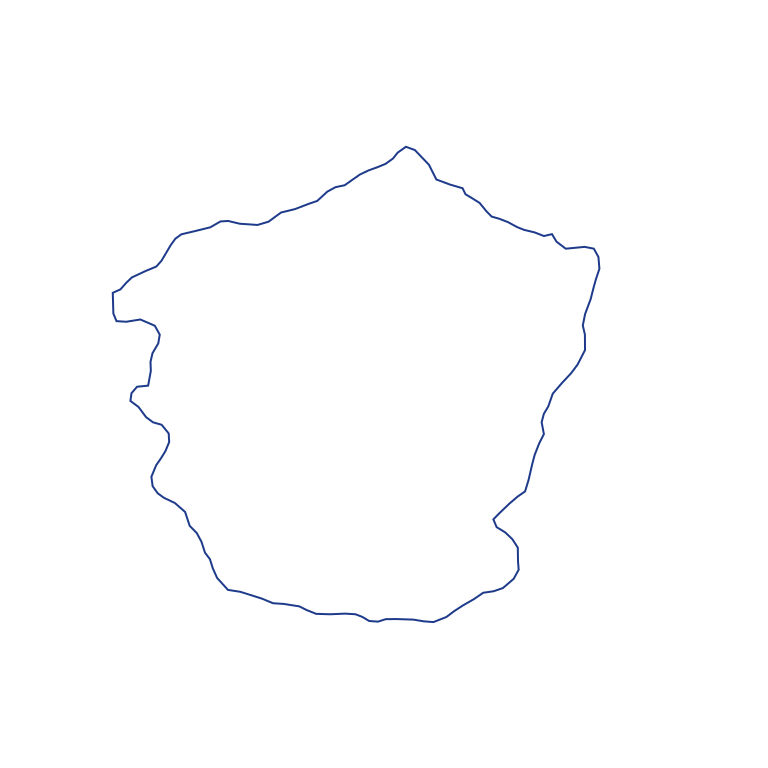 outline of Tarumã, São Paulo, Brazil, rotated 237°
{"feature_id": "56859067B95446673661662", "entity_name": "Tarumã", "entity_type": "district", "adm_level": 2, "iso_a3": "BRA", "parent_name": "Brazil", "parent_adm1": "São Paulo", "projection": "orthographic", "projection_center": [-50.598, -22.773], "detail": "fine", "context": "isolated", "style": "outline", "palette": "blue", "viewbox_px": 768, "rotation_deg": 237, "n_neighbors": 0, "source": "geoboundaries", "source_scale": "gbopen_adm2", "svg_char_len": 1966}
<svg xmlns="http://www.w3.org/2000/svg" viewBox="0 0 768 768"><g transform="rotate(237 384 384)"><path d="M459.8,176.5L452.3,172.2L446.8,164.2L443.3,156.8L439.9,148.6L432.9,138.4L424.3,134.3L415.6,134.7L408.3,137.5L398.1,143.8L385.0,147.5L370.9,143.8L360.9,145.8L351.2,145.0L340.0,142.0L331.9,142.6L322.5,140.0L312.2,138.4L296.3,141.0L288.0,150.3L270.5,164.7L260.6,171.5L254.1,180.2L243.6,191.9L236.7,195.9L228.2,201.9L220.3,213.3L212.6,226.3L206.5,234.6L200.6,238.9L193.3,242.5L188.0,249.5L185.8,257.4L180.3,266.1L170.4,280.3L163.3,288.1L157.4,295.8L154.6,309.4L155.3,319.4L155.3,329.6L154.6,342.6L154.9,353.5L150.5,363.0L148.1,372.6L150.0,386.7L154.9,395.8L162.1,399.7L173.9,407.1L184.0,407.1L193.6,404.8L202.6,400.5L210.9,402.0L212.7,409.9L215.4,424.1L216.8,434.7L217.1,443.8L224.8,453.0L236.1,464.7L242.6,471.9L249.8,482.0L254.9,490.8L266.1,495.4L271.9,501.8L275.8,509.7L284.0,520.3L287.9,533.8L291.2,547.0L294.9,557.0L303.0,571.1L316.0,579.4L324.8,582.6L333.1,590.7L342.6,603.5L350.9,612.5L356.7,619.1L363.3,627.4L373.7,633.0L383.2,633.7L389.7,627.0L398.5,610.1L409.4,606.2L418.2,606.5L421.0,598.7L429.1,592.9L437.0,585.4L443.1,581.1L452.3,576.1L459.9,570.6L465.7,565.5L472.9,564.0L483.8,562.8L492.2,558.9L498.7,555.7L505.4,556.5L515.4,547.9L527.0,539.3L543.4,541.1L563.4,537.3L571.0,531.6L570.6,521.5L568.2,514.3L567.8,505.2L569.2,497.5L571.5,487.6L572.8,478.0L572.5,468.4L572.1,459.3L575.5,450.5L576.2,441.2L573.9,427.7L576.2,418.6L579.2,404.5L583.9,391.0L583.0,375.6L586.3,364.5L592.2,356.7L596.9,350.4L605.6,342.1L609.4,335.4L610.0,323.7L615.2,308.7L619.9,295.6L619.5,288.2L616.6,280.7L608.6,264.6L606.5,257.0L608.6,245.7L610.7,230.6L609.3,223.1L606.9,214.5L608.2,206.2L590.5,195.4L582.4,193.9L576.6,201.7L570.8,214.8L557.7,223.5L547.5,222.8L541.0,216.8L535.9,206.6L529.7,200.2L522.0,195.6L511.1,185.3L516.2,175.4L513.8,167.2L507.9,162.1L498.5,165.6L485.8,166.4L477.7,169.4L470.9,175.3L459.8,176.5Z" fill="none" stroke="#1e3a8a" stroke-width="2"/></g></svg>